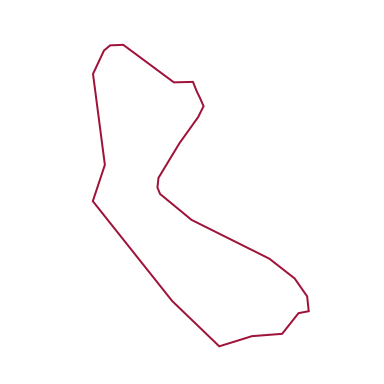 outline of San Antonio Aguas Calientes, Sacatepéquez, Guatemala, rotated 172°
{"feature_id": "79465075B38855532318009", "entity_name": "San Antonio Aguas Calientes", "entity_type": "district", "adm_level": 2, "iso_a3": "GTM", "parent_name": "Guatemala", "parent_adm1": "Sacatepéquez", "projection": "equal_earth", "projection_center": [-90.785, 14.552], "detail": "fine", "context": "isolated", "style": "outline", "palette": "rose", "viewbox_px": 384, "rotation_deg": 172, "n_neighbors": 0, "source": "geoboundaries", "source_scale": "gbopen_adm2", "svg_char_len": 479}
<svg xmlns="http://www.w3.org/2000/svg" viewBox="0 0 384 384"><g transform="rotate(172 192 192)"><path d="M186.5,35.4L152.7,40.9L122.5,39.0L103.4,57.2L93.0,57.7L92.5,72.6L102.4,92.1L124.7,115.2L196.3,164.4L223.9,194.5L225.6,201.3L223.2,210.7L197.6,242.1L175.5,265.3L168.6,275.4L171.2,284.6L173.3,291.0L175.7,300.9L194.7,303.1L239.6,347.3L252.7,348.6L259.5,344.3L273.6,322.7L274.5,231.0L291.5,196.7L226.8,86.8L186.5,35.4Z" fill="none" stroke="#9f1239" stroke-width="2"/></g></svg>